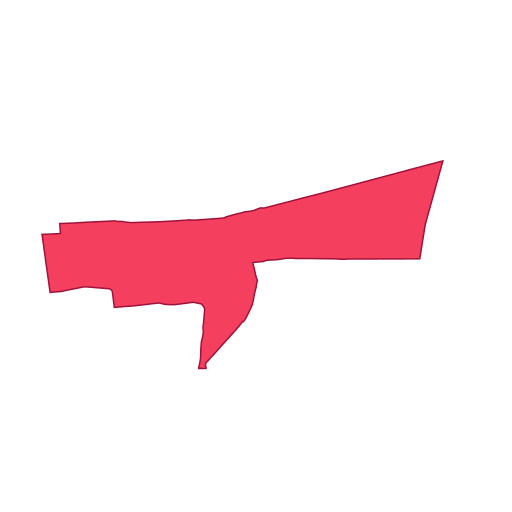 Santa Cruz Amilpas, Oaxaca, Mexico (Albers equal-area conic projection), rotated 252°
{"feature_id": "50627088B5876126006722", "entity_name": "Santa Cruz Amilpas", "entity_type": "district", "adm_level": 2, "iso_a3": "MEX", "parent_name": "Mexico", "parent_adm1": "Oaxaca", "projection": "albers", "projection_center": [-96.687, 17.048], "detail": "fine", "context": "isolated", "style": "filled", "palette": "rose", "viewbox_px": 512, "rotation_deg": 252, "n_neighbors": 0, "source": "geoboundaries", "source_scale": "gbopen_adm2", "svg_char_len": 2749}
<svg xmlns="http://www.w3.org/2000/svg" viewBox="0 0 512 512"><g transform="rotate(252 256 256)"><path d="M288.7,463.1L290.4,432.9L293.2,379.5L293.7,369.9L294.0,364.4L294.2,361.1L294.3,359.0L294.4,357.6L294.8,348.9L296.4,322.8L296.5,321.7L298.2,293.2L299.1,278.5L300.4,275.0L300.1,269.4L300.0,266.7L300.8,262.2L301.5,258.6L301.6,254.3L302.0,250.6L302.5,239.5L302.4,239.0L302.0,237.4L302.1,237.2L302.3,236.3L302.6,234.9L306.5,219.1L309.1,208.6L311.2,203.1L311.3,202.9L311.3,201.9L313.4,194.0L313.6,193.1L314.8,188.4L316.4,182.4L317.8,177.1L318.9,173.1L320.1,169.0L326.5,147.1L327.0,146.1L328.5,142.5L330.2,139.5L331.9,134.5L332.9,132.9L333.2,132.0L341.8,100.4L342.9,96.0L343.2,94.6L344.0,91.8L347.5,79.4L337.8,76.9L339.0,72.4L340.8,65.8L342.7,59.2L335.6,57.9L332.0,57.3L329.0,56.7L324.4,55.9L322.9,55.7L318.0,54.8L317.7,54.7L312.8,53.8L309.6,53.3L284.9,48.9L284.2,52.6L283.1,57.1L282.7,58.7L282.4,59.9L281.8,66.6L280.7,75.1L279.9,82.3L278.7,86.0L272.2,101.5L270.0,106.7L268.5,107.9L267.1,108.4L264.6,108.0L264.1,107.9L258.3,106.8L258.0,106.7L256.4,106.4L253.7,105.9L250.9,105.3L250.5,107.2L249.9,109.6L247.6,119.3L247.0,121.2L246.9,121.8L246.6,123.3L245.9,126.4L243.9,136.1L243.0,141.0L241.3,149.2L237.9,154.9L236.3,159.3L234.9,163.3L234.0,168.1L232.7,174.8L232.0,178.8L231.4,182.0L227.2,189.4L223.6,190.6L222.5,190.8L221.0,190.6L212.7,187.2L204.1,183.4L200.0,182.4L196.2,180.6L191.4,177.6L185.2,175.0L178.1,172.5L175.4,171.4L171.3,169.3L167.7,167.1L166.7,166.8L166.0,169.0L165.6,170.2L164.5,173.7L165.8,174.1L167.2,174.2L168.8,174.6L169.9,175.3L171.3,178.1L173.5,181.9L175.4,185.3L177.7,189.3L179.9,193.1L182.3,197.1L182.7,197.9L184.0,200.1L184.3,200.7L186.9,205.3L187.3,205.9L189.9,210.4L190.3,211.0L192.4,214.8L192.9,215.4L193.7,216.8L194.1,217.5L195.2,219.2L195.7,219.9L197.7,222.8L197.4,223.7L199.4,226.5L204.8,231.9L208.0,234.9L211.1,237.6L212.8,238.6L213.5,239.0L214.7,239.8L217.6,241.2L218.8,241.9L220.3,242.8L221.2,243.4L221.7,243.6L224.3,245.2L226.6,246.7L228.0,247.2L229.3,248.0L231.4,249.2L232.4,249.8L232.8,249.8L233.3,249.7L236.1,249.7L238.2,249.8L243.8,250.4L245.3,250.5L247.9,250.7L250.3,250.8L250.6,250.9L250.7,251.5L248.5,261.3L248.7,264.2L248.2,266.4L247.4,269.6L246.9,271.3L246.1,274.5L245.7,276.5L245.3,279.0L244.7,282.6L244.5,284.0L244.1,285.1L243.1,288.8L242.1,291.1L242.0,291.4L241.2,293.4L235.8,309.9L232.6,319.2L229.9,327.3L229.7,327.9L229.3,328.9L228.9,330.2L228.6,331.1L227.6,333.4L227.3,334.3L226.7,335.7L226.4,336.5L225.9,337.9L225.8,338.4L225.1,341.0L224.7,342.7L223.6,345.9L221.9,351.4L220.9,354.4L220.6,355.2L217.9,363.7L216.4,368.3L212.1,381.7L202.7,410.8L208.6,413.9L210.4,414.8L220.0,419.7L229.5,424.6L231.2,425.5L234.1,427.0L235.9,428.2L288.7,463.1Z" fill="#f43f5e" stroke="#9f1239" stroke-width="1.5"/></g></svg>